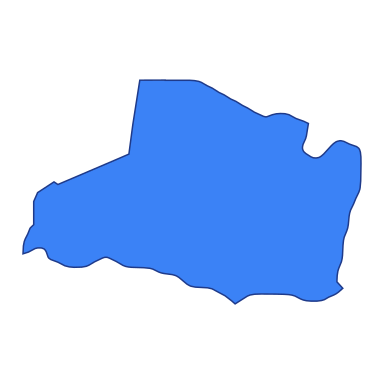 outline of Hondo Valle, La Estrelleta, Dominican Republic
{"feature_id": "3306468B67030502759571", "entity_name": "Hondo Valle", "entity_type": "district", "adm_level": 2, "iso_a3": "DOM", "parent_name": "Dominican Republic", "parent_adm1": "La Estrelleta", "projection": "robinson", "projection_center": [-71.685, 18.71], "detail": "fine", "context": "isolated", "style": "filled", "palette": "blue", "viewbox_px": 384, "rotation_deg": 0, "n_neighbors": 0, "source": "geoboundaries", "source_scale": "gbopen_adm2", "svg_char_len": 2078}
<svg xmlns="http://www.w3.org/2000/svg" viewBox="0 0 384 384"><path d="M235.1,303.9L247.4,296.1L250.1,295.0L254.7,294.2L261.1,294.0L275.9,294.1L284.0,294.3L288.8,294.6L291.9,295.1L294.9,296.0L300.7,299.0L303.3,300.0L306.3,300.7L310.9,301.1L317.1,301.1L321.6,300.5L324.5,299.6L328.6,297.2L333.8,295.0L336.4,293.6L338.6,292.0L342.8,288.3L336.9,281.8L337.2,275.5L337.9,271.0L338.8,268.2L341.4,261.8L342.1,258.7L342.5,255.4L343.0,245.3L343.5,240.4L344.2,237.2L346.8,230.8L347.7,228.0L348.3,224.7L349.1,216.3L349.7,213.0L350.6,210.1L353.6,203.9L355.8,198.5L358.8,192.3L359.8,189.4L360.1,187.8L360.7,181.0L361.0,163.6L360.9,156.9L360.4,152.2L359.5,149.4L358.7,148.2L356.6,146.6L349.5,144.1L343.9,141.4L341.3,140.8L340.0,140.7L337.3,141.3L335.9,141.9L333.5,143.6L331.2,145.8L323.7,154.0L321.4,156.0L320.2,156.8L318.8,157.5L316.1,158.0L313.3,157.8L310.9,156.8L305.9,153.6L304.1,152.0L303.3,150.9L302.8,149.7L302.5,148.4L302.5,147.0L303.0,144.5L305.6,138.7L306.4,135.9L308.4,123.5L303.8,121.3L296.0,118.5L289.0,114.7L284.9,113.7L280.6,113.5L276.3,113.8L272.4,114.7L267.0,116.7L265.9,116.9L263.6,116.4L254.4,112.2L247.6,108.0L242.6,105.5L235.8,101.3L230.7,99.0L224.0,94.8L218.9,92.4L212.2,88.1L207.1,85.7L201.4,82.4L198.8,81.4L194.4,80.6L189.9,80.3L165.2,80.3L165.2,80.1L139.8,80.2L132.8,124.7L128.9,154.1L118.3,158.7L57.9,184.5L54.0,181.9L37.6,192.6L36.8,194.5L33.7,201.5L33.7,216.5L33.7,222.8L33.7,224.7L30.6,227.6L30.0,228.4L27.8,233.9L25.3,238.8L24.3,241.4L23.4,245.9L23.0,253.8L28.4,252.1L35.2,248.5L37.8,247.9L40.4,247.9L41.7,248.0L44.0,248.9L44.9,249.7L46.2,251.7L48.1,257.1L48.8,258.1L50.7,259.5L57.9,262.2L64.9,265.8L69.3,266.9L74.0,267.3L81.8,267.1L86.3,266.3L88.9,265.2L94.6,261.8L102.6,258.0L104.8,257.3L107.1,257.3L109.3,258.1L116.1,261.4L123.0,265.4L125.6,266.4L128.5,267.0L131.6,267.3L143.9,267.7L149.9,268.3L152.8,269.1L158.7,272.0L161.2,272.9L163.9,273.5L172.3,274.6L175.1,275.4L176.4,275.9L178.9,277.4L186.9,284.1L189.5,285.6L190.9,286.2L195.3,287.1L207.6,287.8L212.0,288.8L225.1,295.8L231.7,300.9L235.1,303.9Z" fill="#3b82f6" stroke="#1e3a8a" stroke-width="1.5"/></svg>